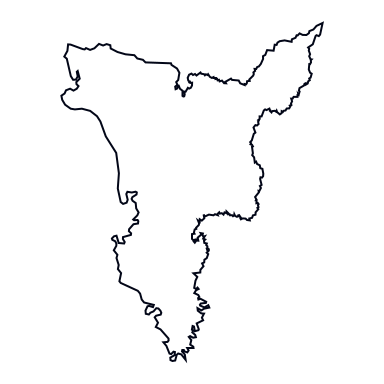 outline of Selaphum, Roi Et, Thailand
{"feature_id": "78962969B97010447332872", "entity_name": "Selaphum", "entity_type": "district", "adm_level": 2, "iso_a3": "THA", "parent_name": "Thailand", "parent_adm1": "Roi Et", "projection": "robinson", "projection_center": [104.072, 16.013], "detail": "fine", "context": "isolated", "style": "outline", "palette": "ink", "viewbox_px": 384, "rotation_deg": 0, "n_neighbors": 0, "source": "geoboundaries", "source_scale": "gbopen_adm2", "svg_char_len": 5916}
<svg xmlns="http://www.w3.org/2000/svg" viewBox="0 0 384 384"><path d="M178.2,353.5L181.3,354.4L185.6,359.8L184.8,354.5L182.0,351.4L182.3,350.0L183.8,350.0L184.3,351.3L187.3,352.4L188.6,350.5L187.2,348.0L193.5,348.0L193.3,346.7L190.2,344.6L191.3,340.1L188.8,336.9L190.1,336.1L193.1,337.7L195.9,337.2L195.2,334.9L192.3,332.4L193.3,330.5L191.9,329.7L192.6,326.0L194.0,326.5L194.9,331.2L198.4,330.2L198.8,329.3L196.7,323.4L203.1,320.3L201.9,317.7L204.0,313.6L201.3,313.4L197.8,310.7L197.5,308.1L201.4,310.4L204.0,308.7L209.3,307.6L208.3,305.2L204.4,307.4L200.2,305.6L199.9,304.8L200.8,303.5L205.9,302.9L206.2,301.8L200.5,298.8L198.4,299.5L198.1,298.1L199.3,296.9L198.3,295.0L194.3,293.1L196.0,290.3L198.6,289.0L197.5,287.6L196.2,289.0L194.2,287.9L195.5,280.6L197.3,276.9L193.5,273.3L200.3,272.5L200.4,269.8L203.5,266.2L202.1,263.4L204.2,262.4L204.4,259.7L206.7,258.2L208.2,254.1L206.7,252.7L208.8,250.6L208.8,249.2L208.1,248.8L207.3,250.2L206.7,248.4L207.5,247.9L207.4,246.3L206.2,245.0L206.8,243.5L204.3,242.9L204.0,240.7L205.2,239.5L203.2,238.7L204.8,236.2L203.3,236.7L202.5,234.9L202.9,233.5L200.7,233.1L201.5,234.4L197.7,237.6L198.3,240.7L196.9,240.6L197.1,239.3L195.4,239.6L195.8,241.3L194.8,242.7L193.6,241.3L194.2,239.9L193.2,240.2L192.0,238.9L192.0,234.1L194.5,233.7L193.9,232.6L194.7,229.4L196.3,228.9L196.1,227.7L198.8,225.0L199.1,223.3L198.0,220.5L199.7,221.8L199.8,219.3L201.8,220.6L204.3,218.3L203.6,214.5L204.9,216.5L208.9,214.6L213.5,215.3L215.0,214.2L217.8,215.2L217.4,214.1L219.2,212.3L219.8,213.6L221.8,213.2L223.5,214.6L224.5,212.4L226.4,213.2L226.5,211.4L228.3,213.2L228.2,214.3L229.6,214.2L230.0,215.3L232.1,215.2L233.0,216.2L234.1,215.4L234.3,214.2L235.1,215.9L236.9,216.8L238.7,216.2L238.3,215.4L239.1,215.1L240.9,217.7L240.3,218.1L240.9,219.3L242.7,218.4L245.6,218.6L247.0,220.0L249.8,220.4L249.3,218.5L252.1,217.8L252.9,215.4L255.5,214.7L255.6,212.3L258.3,209.2L257.4,207.9L258.5,207.1L257.9,205.0L258.6,204.1L257.7,202.9L256.4,203.2L256.6,200.2L255.9,200.2L256.3,199.3L255.1,197.0L258.9,192.3L258.6,190.9L259.3,191.1L260.9,188.0L259.9,186.0L261.6,184.9L260.1,178.9L260.5,177.3L262.0,177.6L263.1,176.2L263.3,173.7L262.4,168.8L260.3,168.2L259.8,165.3L257.1,164.0L256.1,161.6L254.8,162.5L254.1,157.3L252.2,155.1L252.9,153.3L252.0,146.8L252.9,146.4L252.1,144.9L250.5,144.3L251.1,143.2L250.2,142.1L251.8,140.4L253.8,133.8L255.4,132.6L253.5,127.5L255.4,125.1L257.0,125.5L258.6,124.0L258.1,121.8L258.8,120.6L258.2,120.1L259.7,118.9L259.6,116.4L261.6,116.4L263.8,110.5L265.1,109.4L266.5,110.1L269.4,108.6L269.9,110.1L270.4,109.4L269.9,110.8L271.5,112.4L272.2,111.1L274.9,110.8L276.1,111.7L276.6,110.7L277.1,112.1L279.8,114.4L281.6,113.2L281.7,111.2L282.9,111.9L283.6,110.8L285.5,110.5L286.7,108.5L289.2,108.4L290.5,106.0L290.0,105.5L291.4,105.0L291.0,103.5L292.1,101.3L291.2,98.6L292.6,98.6L293.6,96.9L297.5,96.9L297.5,95.1L298.4,95.1L298.2,94.0L298.7,94.6L299.6,91.5L298.9,90.7L299.5,88.1L304.0,85.5L304.5,83.8L305.7,83.2L305.9,84.6L307.7,83.5L308.2,81.3L309.8,80.2L309.2,78.5L310.6,77.6L311.7,73.7L310.1,72.7L308.8,69.5L309.3,64.1L310.0,64.2L311.0,62.4L310.8,60.2L311.6,59.4L310.5,59.2L309.2,56.2L310.1,54.2L308.8,50.6L309.2,48.8L308.1,47.5L312.8,44.3L315.6,36.0L316.5,35.2L318.8,36.1L320.1,34.6L322.6,23.0L316.5,25.9L313.4,29.5L309.4,31.1L308.9,33.2L306.4,35.0L302.6,34.9L299.6,33.4L297.6,35.5L296.6,35.3L295.5,37.8L291.9,39.3L291.6,41.8L284.6,40.4L279.7,41.2L277.5,42.6L276.6,44.9L274.7,44.7L273.6,50.7L267.1,50.1L265.3,54.9L263.0,56.2L263.1,58.9L260.8,64.0L258.8,66.5L257.2,67.0L256.2,69.0L254.6,68.9L255.1,70.9L253.4,72.4L253.8,74.0L253.2,75.6L249.3,79.5L249.7,80.9L247.1,81.2L246.8,83.3L246.1,84.3L244.7,84.0L244.7,85.1L240.2,83.3L238.7,80.5L232.0,79.9L231.0,78.6L225.2,81.9L226.0,83.3L224.1,83.2L222.0,80.6L219.6,81.4L219.0,79.8L217.6,80.3L217.1,78.8L215.6,79.0L215.8,78.0L213.6,78.0L213.5,77.1L211.8,77.9L209.8,76.8L208.1,74.2L207.5,75.0L205.9,74.3L204.9,75.3L204.1,74.2L201.2,73.7L200.5,72.5L196.5,75.5L195.0,74.0L193.0,75.0L191.5,73.6L189.1,74.7L187.7,77.8L188.3,80.6L189.5,81.6L189.0,83.2L190.1,81.9L190.7,82.9L192.1,82.7L192.0,85.5L190.8,87.8L189.1,88.6L187.9,87.8L185.6,91.7L184.3,91.6L184.7,94.5L184.2,96.3L183.3,96.5L182.5,95.9L182.5,90.7L180.0,88.8L178.7,85.6L178.1,85.6L177.2,88.5L175.6,89.2L175.2,86.6L177.4,84.8L176.2,82.1L178.2,80.0L179.4,72.8L177.0,68.5L171.5,64.9L171.0,63.3L145.5,62.4L142.9,59.8L137.3,58.5L134.4,55.2L125.5,54.3L117.5,52.0L110.7,48.5L110.3,45.2L106.6,44.1L103.1,45.5L99.0,43.9L94.4,48.3L90.1,49.9L86.0,48.1L84.7,49.4L82.8,49.1L70.6,44.6L68.1,44.4L67.4,50.9L64.3,56.6L66.8,58.7L70.8,76.1L73.1,79.8L75.9,79.6L77.7,76.4L76.8,71.8L77.7,71.0L79.7,78.7L76.3,82.1L76.5,84.2L78.5,86.1L76.8,88.7L73.5,90.6L70.1,88.7L66.0,90.3L64.6,93.5L61.4,95.7L62.2,99.8L65.1,104.7L70.7,108.7L74.9,109.4L81.9,108.7L90.2,110.9L97.0,116.2L100.4,121.5L105.8,136.4L116.2,152.9L118.9,173.3L117.8,188.5L120.7,202.0L123.1,203.9L126.6,202.7L127.7,199.8L126.3,194.0L127.4,191.8L131.8,192.5L135.6,191.7L136.8,192.4L136.5,194.5L132.4,197.1L131.6,198.9L132.6,200.8L135.7,203.0L136.2,208.4L138.6,212.4L137.3,215.4L133.2,219.5L134.1,220.2L137.6,220.0L138.3,221.2L138.0,223.5L133.5,224.2L129.1,229.2L128.9,231.2L131.1,233.3L130.9,234.9L123.0,237.1L122.9,239.0L124.7,242.0L124.1,243.5L118.7,243.0L116.5,235.7L114.0,236.3L111.9,238.5L112.3,239.8L115.3,241.3L116.4,243.7L116.3,245.9L113.8,250.3L117.4,254.8L116.5,258.0L118.7,265.0L117.9,269.1L121.1,273.1L119.4,281.3L120.8,283.0L137.8,290.8L140.1,293.6L141.7,299.5L144.1,302.5L153.8,304.9L153.0,307.1L149.0,305.9L147.5,306.3L145.5,310.6L145.8,313.8L148.9,314.5L150.4,312.7L153.5,311.4L156.3,308.2L158.4,308.5L160.4,310.7L161.3,312.8L160.7,314.6L156.1,315.7L154.7,317.3L158.0,322.7L155.8,327.0L160.5,329.4L168.5,338.5L168.6,340.5L167.5,341.9L163.4,342.3L166.4,345.9L169.5,353.6L171.2,354.1L173.5,351.7L174.9,352.0L174.7,355.1L170.3,357.6L170.5,360.1L172.5,361.0L175.2,360.5L176.7,354.8L178.2,353.5Z" fill="none" stroke="#020617" stroke-width="2"/></svg>